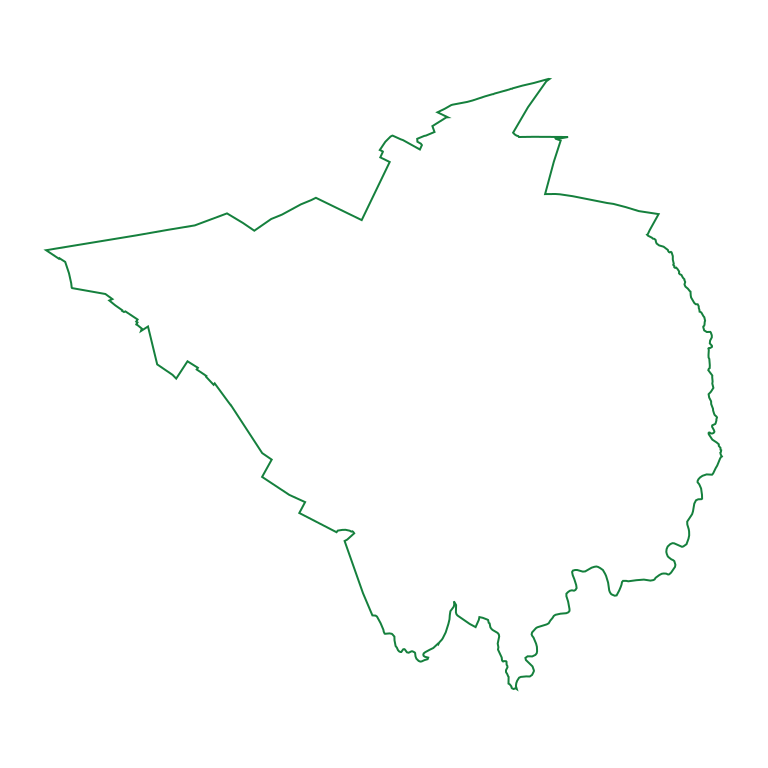 outline of San Andrés Cholula, Puebla, Mexico
{"feature_id": "50627088B61245588023001", "entity_name": "San Andrés Cholula", "entity_type": "district", "adm_level": 2, "iso_a3": "MEX", "parent_name": "Mexico", "parent_adm1": "Puebla", "projection": "mercator", "projection_center": [-98.283, 19.022], "detail": "fine", "context": "isolated", "style": "outline", "palette": "green", "viewbox_px": 768, "rotation_deg": 0, "n_neighbors": 0, "source": "geoboundaries", "source_scale": "gbopen_adm2", "svg_char_len": 6106}
<svg xmlns="http://www.w3.org/2000/svg" viewBox="0 0 768 768"><path d="M568.1,137.0L533.6,136.8L518.9,137.0L518.3,136.1L516.5,135.6L514.7,134.4L513.1,132.7L528.0,107.2L546.3,81.3L549.5,79.0L548.6,78.9L533.8,83.0L522.5,85.6L512.4,88.4L512.0,88.8L510.8,88.8L509.5,89.4L494.4,93.6L493.2,94.2L492.5,94.2L484.9,96.4L472.5,100.5L467.3,101.9L452.5,104.7L451.2,105.1L444.7,108.8L437.5,112.3L447.8,117.3L446.3,117.4L432.4,126.1L434.5,132.0L425.9,135.6L424.3,135.9L417.2,138.8L417.4,141.7L420.9,143.7L421.9,145.1L419.9,149.5L403.0,140.1L400.7,139.3L392.8,135.7L392.4,135.6L390.6,136.5L385.3,141.8L379.8,150.0L382.7,151.4L382.9,151.7L380.3,157.4L389.7,162.0L361.7,220.1L315.9,197.8L311.0,200.2L300.8,204.4L282.0,214.6L271.2,219.0L254.3,230.7L243.0,223.0L227.0,213.4L194.8,225.4L167.6,229.9L136.2,235.4L46.1,250.2L59.0,258.8L59.4,258.2L65.2,261.9L69.0,273.3L71.2,283.2L71.7,287.6L72.1,288.1L105.4,294.0L112.4,299.1L109.3,300.5L115.2,305.3L122.2,310.2L122.0,310.8L124.0,312.0L125.4,311.4L137.6,319.5L136.2,321.6L137.5,322.4L136.5,324.0L136.8,324.2L136.5,324.6L137.6,325.2L141.8,328.6L141.0,331.0L148.0,326.5L157.2,364.4L172.6,374.9L176.2,378.6L187.5,361.3L197.9,367.8L196.7,369.5L206.4,376.0L206.0,376.7L213.6,384.8L214.7,383.4L227.9,401.4L230.9,405.4L231.0,405.3L262.2,453.1L271.7,459.6L262.1,476.9L289.3,494.9L305.1,502.1L299.3,513.0L336.5,532.2L337.8,530.6L342.4,529.9L345.5,529.8L349.7,530.7L351.3,531.6L352.4,531.3L353.2,531.9L354.2,533.3L347.2,539.6L344.6,541.0L363.0,593.2L372.4,615.4L375.6,615.6L377.0,616.6L380.6,623.2L383.4,629.8L383.7,631.6L384.6,633.6L385.0,633.8L389.5,633.4L391.7,633.8L392.2,634.1L394.4,636.6L394.5,640.3L395.6,646.0L396.9,647.7L397.9,650.0L399.0,651.3L400.4,652.0L401.3,652.0L403.1,649.4L404.1,649.1L404.9,649.5L406.9,652.3L407.7,652.5L408.7,652.7L411.5,651.3L412.5,651.3L414.6,652.4L415.1,653.0L415.5,656.4L416.4,658.7L418.6,660.9L420.3,661.6L421.7,661.4L424.5,660.1L427.6,659.2L428.2,657.6L425.0,656.8L423.7,655.9L423.3,654.8L423.7,653.4L425.2,652.2L429.6,649.8L433.3,648.0L437.9,643.7L438.3,644.3L439.4,642.3L441.9,639.6L442.8,638.2L445.7,632.4L448.4,623.9L449.5,619.3L449.8,615.1L450.4,611.2L453.8,606.6L454.3,604.2L453.9,601.3L456.1,605.1L455.9,612.4L456.5,614.3L457.5,615.5L469.8,624.0L475.6,627.1L478.8,619.9L479.4,617.1L482.7,617.8L487.1,619.5L488.1,620.0L488.7,622.8L489.6,623.4L490.4,627.4L491.4,628.8L492.5,629.9L497.6,632.9L498.8,634.4L499.2,636.4L497.7,643.6L498.4,647.2L498.0,649.6L501.7,657.5L502.0,660.2L502.6,661.2L503.1,661.5L503.9,661.1L506.0,661.2L506.5,661.7L506.6,664.7L507.3,665.8L507.5,667.2L506.0,670.2L506.0,671.8L506.1,672.3L507.1,673.8L508.2,676.4L508.6,676.9L508.5,683.6L509.7,684.3L510.6,685.4L511.4,686.5L511.6,687.8L512.2,688.4L513.7,689.0L515.5,688.2L516.8,689.1L515.9,686.1L516.3,683.1L517.2,680.7L519.1,677.7L520.9,676.9L526.2,676.4L529.8,676.5L532.1,674.9L533.8,671.4L533.9,670.4L532.5,666.4L525.9,660.0L525.4,657.9L527.6,656.3L532.3,656.4L535.4,654.9L536.7,653.3L537.1,651.3L536.9,646.8L536.1,643.7L533.5,637.5L532.3,636.0L531.6,634.4L532.1,632.4L535.9,628.2L537.3,627.3L546.7,624.4L548.7,623.3L550.3,620.6L552.5,618.0L553.8,615.9L555.5,614.8L560.5,613.7L566.3,613.2L568.4,612.3L569.5,610.9L569.5,609.1L568.1,601.5L566.4,596.2L566.4,593.7L568.0,592.1L569.8,590.8L571.9,590.3L574.0,590.7L575.4,590.0L576.6,588.1L576.2,585.1L574.3,579.1L572.7,575.1L572.1,572.0L572.9,570.6L575.1,570.0L577.2,570.0L582.8,571.6L585.2,571.4L591.6,567.7L594.4,566.8L596.4,566.5L598.0,566.9L600.2,568.1L602.9,570.0L605.1,573.8L606.1,576.0L608.1,582.6L609.2,590.3L609.8,592.0L610.9,593.8L612.0,594.6L614.7,595.7L616.6,595.4L619.2,590.5L620.6,587.2L621.5,584.7L622.0,582.1L623.0,580.9L626.4,580.9L628.3,581.3L636.4,580.2L643.9,579.6L650.4,580.6L653.3,580.1L654.6,579.4L655.6,577.8L659.4,575.0L661.7,573.8L663.5,573.5L666.1,573.6L668.1,574.5L669.2,574.3L671.1,572.6L675.0,566.9L675.4,564.8L674.3,561.1L672.9,560.0L671.4,559.4L668.7,557.3L667.8,556.4L666.8,554.0L666.3,551.9L666.6,549.1L667.7,546.5L670.3,544.1L672.4,543.2L674.1,543.3L682.0,546.8L683.4,546.4L686.5,544.2L688.5,538.7L689.2,535.3L689.1,531.5L688.7,529.1L687.3,524.5L687.2,521.6L692.1,514.2L693.0,511.3L694.3,503.6L696.0,500.3L698.2,499.3L701.3,499.2L702.1,498.7L702.0,494.9L701.1,488.5L699.2,484.2L697.6,482.3L697.6,481.0L698.4,479.3L700.0,477.5L702.5,475.8L706.6,474.4L712.0,474.7L713.1,473.5L715.7,468.1L717.2,465.6L720.1,458.5L721.0,457.0L721.9,456.5L720.8,454.7L720.3,452.7L720.9,452.0L721.2,450.2L720.5,449.7L720.5,447.9L718.8,445.9L718.8,444.3L716.7,442.5L712.3,439.6L708.8,434.3L708.6,433.5L708.6,433.0L709.1,432.5L709.8,432.6L710.7,433.4L712.2,433.5L713.5,433.0L714.2,432.2L714.4,431.6L714.0,430.3L712.1,426.8L712.1,425.8L712.3,425.3L715.2,424.0L715.6,423.3L716.4,420.5L716.4,419.2L717.0,417.5L716.6,416.7L714.7,415.0L714.1,413.7L713.1,410.5L713.0,408.8L711.2,404.1L711.1,401.3L709.2,397.6L708.6,394.2L710.9,391.8L713.4,387.9L712.3,383.6L712.6,381.5L712.2,377.0L712.3,375.5L708.3,370.2L708.8,368.8L709.7,368.1L709.8,365.2L709.3,358.9L708.6,357.6L708.5,355.2L708.8,349.9L708.4,348.5L708.8,348.1L710.4,347.9L712.0,346.8L711.9,345.7L709.8,343.4L710.1,340.6L711.8,337.4L711.8,335.3L710.8,332.5L710.3,331.9L706.8,332.0L704.2,330.4L703.3,327.3L703.3,326.5L704.2,325.7L704.5,324.6L704.7,321.9L705.1,320.8L704.3,317.2L703.5,316.3L701.4,312.6L700.4,311.9L699.6,311.7L699.3,309.4L698.8,308.2L698.7,306.2L697.7,304.3L695.7,304.2L694.3,303.0L691.1,297.5L690.7,295.3L690.5,291.6L689.7,291.0L687.9,288.7L685.5,286.7L684.9,285.5L684.5,284.3L685.2,282.0L684.4,280.1L684.4,279.3L682.9,277.7L681.4,274.9L680.1,274.4L679.5,273.9L679.0,273.2L679.2,271.6L677.5,269.0L676.2,267.6L675.2,267.9L674.3,267.3L674.3,266.0L673.4,265.2L673.3,264.5L673.8,263.9L672.8,259.6L672.8,256.1L671.6,252.4L670.9,251.9L669.7,252.4L669.0,252.1L668.2,251.1L667.9,250.0L663.6,246.7L659.1,245.4L656.6,243.5L655.9,241.7L655.7,240.1L654.4,238.9L652.8,238.6L651.9,237.7L648.0,235.7L647.1,234.7L647.7,234.4L649.6,230.3L658.6,214.1L638.8,211.1L625.7,207.1L613.4,203.9L607.1,203.0L572.7,196.2L559.9,194.3L555.4,194.0L545.1,194.1L553.8,161.8L560.7,140.5L555.8,138.8L555.4,138.1L562.0,138.1L568.1,137.0Z" fill="none" stroke="#15803d" stroke-width="2"/></svg>